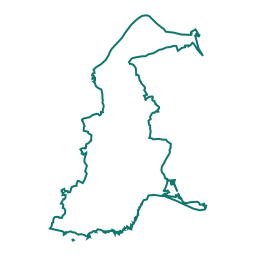 Tramore-Waterford City West Lea-6, Waterford, Ireland (Mercator projection)
{"feature_id": "5873133B15646893795596", "entity_name": "Tramore-Waterford City West Lea-6", "entity_type": "district", "adm_level": 2, "iso_a3": "IRL", "parent_name": "Ireland", "parent_adm1": "Waterford", "projection": "mercator", "projection_center": [-7.169, 52.204], "detail": "fine", "context": "isolated", "style": "outline", "palette": "teal", "viewbox_px": 256, "rotation_deg": 0, "n_neighbors": 0, "source": "geoboundaries", "source_scale": "gbopen_adm2", "svg_char_len": 5860}
<svg xmlns="http://www.w3.org/2000/svg" viewBox="0 0 256 256"><path d="M188.4,46.4L190.8,44.9L192.4,42.7L193.1,43.1L194.9,45.4L197.1,49.2L203.0,55.9L198.6,48.6L195.2,35.5L196.1,35.1L198.8,36.4L199.4,35.0L196.6,33.6L197.6,32.8L195.5,29.4L191.1,32.0L190.9,32.8L191.6,33.3L191.4,34.8L191.0,34.9L181.3,34.5L173.7,32.6L168.1,32.0L165.7,31.6L163.7,28.8L161.6,27.5L156.9,23.7L149.4,16.3L147.7,15.5L145.1,15.4L142.4,15.9L141.1,16.5L138.4,18.3L136.0,20.2L131.4,24.6L125.1,32.9L122.1,37.7L111.8,48.8L110.1,51.6L108.3,55.8L105.7,60.0L100.8,64.4L96.1,67.2L93.5,69.8L94.1,70.7L94.6,72.9L92.7,73.7L92.0,75.3L92.3,75.7L93.6,75.7L94.4,76.6L94.4,77.3L94.0,78.0L92.6,77.9L92.5,78.9L95.0,78.3L95.0,80.6L93.3,81.5L94.9,82.9L95.7,85.8L97.3,87.5L101.4,89.6L102.3,93.7L102.5,99.2L102.8,100.0L102.5,102.8L103.3,104.3L103.7,106.2L102.6,111.2L102.9,112.2L100.9,112.0L101.1,113.8L100.5,114.9L99.6,115.3L98.1,114.0L96.7,113.8L92.4,115.1L89.7,117.2L83.9,118.4L82.9,118.9L82.4,120.0L82.0,119.9L82.1,120.9L82.8,121.3L84.6,126.3L83.8,127.3L83.7,130.8L88.1,131.8L88.2,133.2L91.4,135.0L91.2,139.3L90.7,140.1L91.1,140.6L88.2,143.4L86.4,144.0L85.9,145.9L86.2,146.5L85.5,147.3L85.9,148.0L84.9,148.6L83.9,148.2L82.0,148.3L80.4,149.4L82.3,151.9L81.8,152.8L82.6,153.0L82.3,154.2L83.6,154.6L86.3,152.7L86.3,153.7L85.2,156.2L84.5,159.3L84.4,162.0L86.9,165.7L85.2,171.3L86.8,173.6L84.7,179.5L82.7,183.1L79.3,181.2L77.7,181.0L76.7,183.4L76.6,185.7L74.0,186.1L71.6,187.2L70.1,192.2L67.9,192.3L67.8,191.3L66.8,191.0L65.1,191.4L65.3,190.6L64.4,190.0L64.1,188.9L61.6,190.2L61.6,191.4L62.0,191.4L62.4,192.7L63.5,192.9L62.6,195.1L65.6,194.8L65.4,197.9L64.3,199.3L63.3,199.2L61.0,203.6L62.3,203.7L63.4,205.1L62.7,207.9L64.1,208.4L65.2,210.2L65.1,213.5L62.8,215.6L61.9,218.0L60.3,217.6L59.2,217.9L58.7,217.0L57.6,216.8L55.0,217.1L53.9,217.9L53.2,220.7L53.3,222.3L52.1,222.9L51.6,226.3L49.9,228.5L62.5,231.3L63.6,232.2L63.8,234.8L65.1,234.0L65.6,232.5L66.1,232.9L66.4,232.2L68.2,232.3L68.8,231.8L70.8,231.4L72.7,232.4L74.6,232.4L78.1,234.6L81.0,234.2L83.7,234.7L86.1,236.1L87.6,236.4L88.1,234.6L89.9,232.8L91.9,232.4L93.2,231.1L94.4,231.1L95.3,232.1L95.9,231.5L96.2,231.7L96.0,231.0L97.5,229.9L97.6,229.4L100.2,229.7L103.6,231.2L103.5,232.0L103.9,232.2L103.6,233.0L105.1,231.4L105.6,231.8L105.2,232.4L105.5,232.8L106.3,232.2L106.2,231.4L107.1,231.2L108.3,231.6L108.5,232.9L109.0,231.0L110.2,230.7L110.8,231.1L111.4,230.7L111.5,231.8L111.8,230.8L112.6,230.7L112.5,229.9L113.9,230.5L113.7,231.4L114.2,231.4L114.0,232.0L114.5,232.3L114.1,232.5L114.2,233.3L114.5,232.0L115.4,233.0L115.6,232.3L116.0,232.8L117.0,231.7L117.7,231.8L117.3,233.0L117.8,233.5L118.9,232.8L119.3,231.6L119.7,231.6L120.1,230.9L121.5,231.5L121.3,232.7L122.3,232.3L122.6,230.6L123.3,229.7L123.3,228.9L123.5,229.7L124.4,229.8L124.0,229.2L124.3,228.8L123.9,228.6L124.7,227.6L125.2,228.3L125.7,228.2L126.9,227.1L127.1,226.4L128.2,227.3L128.2,228.1L129.1,227.8L128.7,228.5L129.4,228.2L129.6,227.4L129.7,227.9L130.1,227.6L129.8,228.2L130.5,229.2L130.9,229.3L130.7,228.6L131.4,228.9L131.7,227.7L131.3,226.3L132.0,226.6L132.2,226.1L131.5,224.6L132.4,224.8L133.5,223.8L133.2,223.0L133.8,223.4L134.5,222.0L134.8,219.9L135.6,220.2L135.7,219.5L135.1,218.8L135.5,218.6L135.7,219.0L135.9,218.5L135.8,219.1L136.4,218.8L136.5,217.9L135.7,217.5L136.1,217.3L136.3,217.6L136.2,216.9L137.2,216.7L137.6,214.8L137.8,215.4L137.8,214.9L138.2,214.9L137.9,210.3L138.5,210.0L138.6,210.4L138.5,209.7L139.2,209.5L139.2,207.6L139.9,207.4L139.8,206.8L140.5,206.4L141.7,204.1L142.9,204.0L141.6,203.7L142.1,203.1L142.7,203.7L142.0,203.0L143.8,200.1L146.9,199.4L148.4,195.6L149.1,195.3L153.1,195.2L153.3,194.8L163.2,196.2L163.8,195.8L175.6,200.5L193.0,208.5L199.8,210.3L204.9,209.4L206.0,207.5L205.5,206.7L206.1,205.7L205.1,205.5L204.7,206.3L204.0,203.7L203.4,203.9L203.2,204.7L203.7,205.0L203.2,205.4L202.7,204.5L199.8,204.7L198.8,202.6L197.3,201.8L190.9,202.1L186.8,203.1L183.5,202.6L182.0,200.2L181.0,197.8L181.1,199.1L180.6,199.0L180.4,197.4L179.4,196.3L178.0,192.9L179.9,198.1L179.2,196.8L178.6,198.8L178.9,196.5L176.7,195.2L175.9,195.2L176.2,196.5L176.9,196.5L176.2,196.7L176.4,197.6L176.3,197.1L175.8,197.0L166.3,195.8L163.7,194.4L165.1,193.6L167.3,193.6L168.1,192.6L169.1,192.3L167.7,190.5L166.2,191.1L164.1,190.9L163.2,191.3L165.0,189.0L166.3,185.8L167.4,182.0L167.2,180.5L170.9,180.8L172.5,182.0L173.5,181.7L170.9,182.6L171.0,184.0L171.5,184.6L173.9,183.8L177.4,191.6L174.0,183.2L174.8,180.0L169.9,180.5L168.1,180.1L166.9,178.6L165.7,178.7L164.8,177.6L164.8,176.5L163.8,174.3L162.2,172.7L161.4,170.2L161.9,166.7L162.6,165.3L164.6,162.5L164.7,161.4L169.4,153.6L170.0,151.7L169.5,150.2L170.8,147.4L170.5,146.7L170.9,144.0L167.5,141.6L166.0,139.7L162.8,139.7L159.2,138.9L153.1,139.3L152.1,138.5L149.2,137.8L150.1,136.4L150.2,133.9L150.7,131.9L150.1,128.2L150.2,125.9L149.9,125.1L149.0,124.7L148.5,120.7L150.7,119.0L150.1,117.2L150.3,116.4L152.1,113.4L153.2,112.6L154.5,112.8L155.8,111.4L156.8,111.8L158.3,111.6L157.5,110.0L158.9,108.7L159.1,107.1L155.4,104.0L155.6,103.3L154.8,102.6L154.4,101.0L152.5,100.5L152.2,98.7L152.8,98.1L152.7,96.7L151.9,96.4L148.9,97.0L147.2,98.1L145.7,99.9L145.3,99.7L145.2,97.7L144.0,95.7L147.1,94.7L144.2,90.1L145.1,88.1L144.5,86.7L141.1,83.1L140.9,81.7L139.7,80.5L138.8,75.8L137.8,74.9L136.3,75.1L135.8,68.2L133.6,65.0L131.2,63.8L129.9,63.9L129.0,62.0L131.5,58.7L133.2,57.9L141.2,56.4L145.7,56.1L148.6,54.2L153.3,53.3L159.3,49.8L161.8,49.4L166.5,47.4L169.8,47.1L173.9,45.8L176.3,46.0L177.9,50.8L181.9,47.9L185.0,47.2L184.9,45.7L188.1,45.4L188.4,46.4ZM88.4,237.7L89.1,237.0L87.6,236.5L88.1,237.1L87.6,238.2L88.4,237.7ZM119.0,233.6L119.1,232.7L118.4,233.6L118.3,234.5L118.5,234.2L119.0,234.4L119.0,233.6ZM73.1,239.5L72.5,239.9L73.0,240.6L73.3,240.4L73.0,240.0L73.5,239.9L73.1,239.5ZM114.6,233.3L115.0,234.2L115.2,233.3L114.8,233.0L114.6,233.3ZM89.8,236.5L89.6,235.8L89.3,236.1L89.8,236.5Z" fill="none" stroke="#0f766e" stroke-width="2"/></svg>